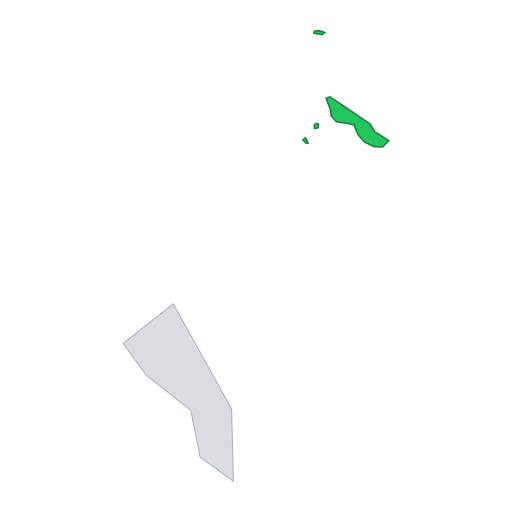 location of Grand'Anse Praslin within Seychelles
{"feature_id": "SYC-5211", "entity_name": "Grand'Anse Praslin", "entity_type": "state/province", "adm_level": 1, "iso_a3": "SYC", "parent_name": "Seychelles", "parent_adm1": "", "projection": "robinson", "projection_center": [55.687, -4.284], "detail": "fine", "context": "in_parent", "style": "filled", "palette": "green", "viewbox_px": 512, "rotation_deg": 0, "n_neighbors": 0, "source": "natural_earth", "source_scale": "10m", "svg_char_len": 703}
<svg xmlns="http://www.w3.org/2000/svg" viewBox="0 0 512 512"><path d="M231.6,408.9L233.4,481.3L200.1,457.0L190.8,410.3L146.3,375.4L123.2,343.3L173.2,303.8L231.6,408.9Z" fill="#d9dde1" stroke="#a8b0b8" stroke-width="1"/><path d="M388.8,140.6L382.7,147.0L374.1,146.7L364.5,142.1L357.9,134.5L354.0,124.8L344.7,123.0L336.3,121.8L331.2,116.0L330.6,110.3L326.1,98.4L330.0,96.8L370.2,124.0L374.7,131.7L388.8,140.6ZM318.9,30.7L321.4,31.3L324.8,32.5L322.4,34.5L317.3,33.9L313.7,33.0L314.5,31.0L318.9,30.7ZM316.3,123.3L318.6,124.1L318.1,127.9L314.5,128.5L314.2,125.0L316.3,123.3ZM305.2,137.8L306.5,139.3L308.1,143.1L306.0,143.1L302.9,139.9L305.2,137.8Z" fill="#22c55e" stroke="#15803d" stroke-width="1.5"/></svg>